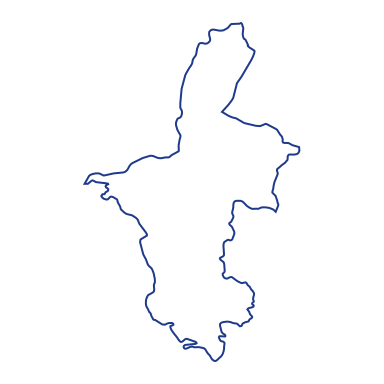 SVG path tracing the border of Ningxia
{"feature_id": "CHN-1803", "entity_name": "Ningxia", "entity_type": "Autonomous Region", "adm_level": 1, "iso_a3": "CHN", "parent_name": "China", "parent_adm1": "", "projection": "orthographic", "projection_center": [106.175, 37.314], "detail": "fine", "context": "isolated", "style": "outline", "palette": "blue", "viewbox_px": 384, "rotation_deg": 0, "n_neighbors": 0, "source": "natural_earth", "source_scale": "10m", "svg_char_len": 6044}
<svg xmlns="http://www.w3.org/2000/svg" viewBox="0 0 384 384"><path d="M241.0,23.0L242.0,24.0L242.3,24.7L242.5,26.1L242.9,26.8L243.3,28.2L242.7,33.8L242.8,35.4L243.3,37.3L244.0,38.8L245.1,39.4L245.8,40.2L248.0,45.0L247.8,45.3L247.9,45.9L248.1,46.3L250.0,47.9L251.4,48.7L254.2,50.6L254.5,50.9L254.5,51.5L254.4,52.3L254.2,53.3L253.0,56.5L251.3,60.0L241.3,77.0L237.2,82.8L236.9,83.4L233.2,98.0L231.9,100.2L228.5,104.7L222.0,111.9L228.9,116.0L232.3,117.4L235.4,118.1L236.2,118.4L243.8,122.8L245.2,123.3L255.9,125.8L260.2,126.1L265.5,123.9L266.7,124.1L276.0,129.0L277.2,129.9L280.0,134.4L281.8,136.5L282.4,138.1L282.7,139.5L282.6,141.7L283.1,142.5L284.1,142.9L288.3,143.0L288.8,143.2L292.5,145.2L299.1,147.1L299.4,150.6L299.0,151.8L298.3,153.1L297.1,153.9L295.9,154.3L293.7,154.6L289.6,154.5L288.7,154.8L288.1,155.5L287.7,156.4L287.6,159.1L287.4,160.0L286.8,160.7L285.8,161.8L284.9,162.9L281.4,165.4L280.1,166.7L277.3,169.0L276.9,169.9L277.1,171.2L277.6,172.4L277.7,174.1L274.4,182.3L273.5,186.4L273.3,188.4L272.5,191.1L272.4,192.3L272.4,192.7L275.6,195.9L277.2,200.7L277.6,202.7L278.2,204.0L278.3,204.6L278.2,205.6L275.7,211.8L273.8,210.0L273.0,209.4L269.3,207.9L265.2,207.3L263.0,207.3L261.0,207.6L258.7,208.7L257.4,208.8L256.2,208.7L252.6,208.9L251.7,208.7L249.7,207.8L247.0,206.0L243.3,202.2L242.6,201.7L241.9,201.3L240.4,200.8L236.7,200.8L235.3,201.1L234.5,201.6L233.7,202.9L233.4,204.4L233.2,208.1L232.2,212.0L232.2,213.1L232.3,213.7L233.3,215.7L233.4,216.7L233.3,217.3L233.1,217.9L231.4,221.4L230.8,222.1L229.7,222.7L229.2,223.4L229.3,224.1L229.8,224.9L231.3,226.2L231.9,226.8L234.1,231.4L234.4,232.8L234.2,234.2L232.4,239.0L231.8,239.8L230.6,240.4L230.1,240.4L228.4,239.8L227.6,239.9L224.5,241.9L224.1,242.4L223.7,243.5L223.5,245.1L223.5,246.7L224.0,253.9L223.9,255.3L223.4,256.0L222.1,256.9L220.5,257.6L220.1,257.9L219.9,258.2L219.9,258.7L220.7,259.9L222.4,261.2L223.6,262.3L223.8,262.6L224.2,264.0L224.7,270.7L224.4,272.1L222.7,273.8L222.7,274.4L222.8,275.2L223.5,276.7L224.3,277.8L225.5,278.4L227.0,278.6L227.9,278.3L229.7,277.3L231.4,277.0L232.0,277.2L232.7,277.7L236.3,280.4L237.7,281.3L240.7,282.8L242.1,283.1L245.3,282.4L245.7,282.4L246.3,282.8L247.9,285.3L249.8,286.9L250.2,287.6L250.9,289.1L252.6,290.9L254.1,293.4L253.9,295.2L253.2,297.7L253.1,298.8L253.1,299.6L253.7,300.8L253.8,301.2L253.7,301.7L252.4,302.9L252.1,303.6L252.2,304.1L252.5,304.5L253.7,305.4L253.7,305.9L253.5,306.4L252.8,307.1L248.9,308.1L247.8,308.8L247.4,309.4L247.8,310.0L249.1,311.6L250.0,314.1L251.9,316.3L252.2,317.0L252.0,317.6L251.6,318.1L249.8,319.2L249.2,320.0L248.6,321.3L248.3,321.5L245.6,322.1L243.1,323.3L242.5,323.8L241.9,325.2L241.4,326.0L239.9,326.3L239.1,325.6L237.3,323.9L236.7,323.6L233.8,323.2L232.2,322.8L231.0,322.2L228.5,321.7L226.1,321.7L222.6,322.2L221.1,322.9L220.3,323.7L220.0,324.5L220.0,325.5L220.6,327.8L221.3,331.0L221.6,331.8L222.3,332.9L222.8,333.4L225.0,334.8L225.2,335.1L225.4,335.9L225.3,336.3L225.1,336.5L220.0,336.2L219.3,336.4L218.9,337.1L219.0,337.6L219.4,338.8L220.4,340.6L220.9,341.0L223.3,341.7L224.0,342.3L224.5,342.9L224.5,343.9L224.1,346.3L224.1,348.6L223.6,351.2L222.8,353.7L221.9,355.3L221.2,356.2L216.6,360.5L215.4,361.0L214.0,360.8L212.3,359.5L211.3,358.2L210.2,356.1L209.4,355.0L208.2,353.9L206.8,351.9L205.4,349.5L204.5,348.6L203.2,348.0L198.8,347.1L194.6,347.3L192.6,346.7L191.4,346.7L190.3,346.9L186.8,348.4L185.9,348.7L185.1,348.7L184.5,348.5L183.9,347.9L183.6,346.6L184.0,345.8L184.7,345.2L185.5,344.9L195.4,343.9L196.1,343.6L196.6,343.2L196.4,342.6L195.7,341.9L187.1,338.9L186.0,338.9L184.9,339.4L182.6,341.4L181.9,341.8L180.9,341.9L179.9,341.4L178.2,339.2L177.0,337.3L173.0,332.3L171.5,330.0L170.9,328.8L170.5,327.7L170.3,326.6L170.5,326.0L172.7,325.3L173.4,324.7L173.1,323.6L171.9,323.0L169.2,323.0L167.3,323.5L164.9,324.7L162.2,324.4L155.2,320.0L153.9,319.8L153.2,319.4L152.5,317.9L151.6,316.5L150.7,313.6L150.3,313.0L149.0,311.7L148.5,310.2L146.2,305.9L145.9,303.9L145.9,301.9L146.0,300.2L146.7,297.8L148.0,295.2L152.8,292.5L153.7,291.7L154.1,290.9L154.2,288.8L153.9,286.2L153.9,285.0L154.0,284.2L154.5,283.5L154.8,282.7L154.9,281.1L154.8,278.8L153.6,273.1L152.3,269.7L151.3,268.1L149.5,266.5L148.1,265.0L147.6,263.9L145.9,259.3L143.3,254.5L140.2,242.7L140.1,241.9L140.4,239.9L140.8,239.3L146.9,235.6L146.9,234.3L145.8,232.4L139.3,223.7L137.8,219.8L135.9,217.8L132.0,215.3L127.1,214.1L125.7,213.5L123.8,212.1L121.0,209.4L120.8,209.1L120.2,206.8L119.5,205.3L117.8,202.4L117.3,200.0L116.8,199.3L113.3,197.2L112.2,196.8L110.9,196.6L110.0,197.1L108.6,198.6L108.0,199.1L107.2,199.5L106.3,199.5L103.9,198.8L102.5,197.7L101.5,196.6L101.4,196.0L101.5,195.6L101.9,195.3L102.2,194.5L102.9,194.2L104.3,194.2L104.9,193.6L105.4,192.5L106.0,192.0L107.2,191.4L108.1,190.6L108.2,190.2L108.3,189.3L107.4,188.2L106.0,187.4L105.6,186.4L105.9,185.5L107.0,184.8L108.2,184.2L108.0,183.7L106.2,183.3L95.9,182.1L93.3,180.6L92.4,180.4L91.6,180.7L87.9,183.8L84.6,183.8L89.1,175.9L90.5,174.8L92.4,174.1L95.5,173.4L98.9,173.4L99.8,173.7L103.6,175.5L104.6,175.4L113.7,173.4L122.9,172.5L124.6,172.1L126.7,170.6L127.7,169.3L129.4,166.1L130.9,164.2L132.2,163.2L142.8,158.0L149.8,155.9L150.7,155.7L153.4,156.1L156.9,157.6L159.5,158.2L161.4,158.2L165.3,157.4L168.4,157.4L169.5,157.0L171.6,155.1L177.9,151.7L178.7,151.1L178.8,150.1L178.6,145.8L178.7,144.8L179.7,139.3L180.3,137.4L180.5,135.8L180.1,134.6L179.2,133.2L177.3,129.6L176.1,125.5L175.9,123.6L176.3,121.6L177.2,119.5L177.6,118.8L178.1,118.4L180.0,117.6L180.6,117.1L181.3,116.0L181.9,114.0L182.0,112.0L181.8,110.8L181.5,110.0L180.6,108.6L180.3,107.3L180.3,103.3L181.6,88.9L185.2,75.4L186.2,73.2L189.5,67.6L190.9,65.7L191.8,64.1L192.1,63.5L192.7,60.3L193.0,59.4L193.7,58.2L195.7,55.5L196.3,53.7L197.1,48.7L198.9,44.2L199.1,43.8L200.2,43.2L201.6,43.0L203.0,43.2L205.0,43.7L206.4,43.6L207.2,43.4L208.3,42.7L209.6,41.4L210.1,40.4L210.2,39.0L209.2,35.3L209.1,33.3L209.2,32.3L209.4,31.7L209.7,31.3L211.1,30.0L212.7,29.6L213.9,29.6L218.5,30.5L220.6,30.7L223.5,30.3L226.5,28.7L227.9,27.8L230.9,24.3L231.8,24.0L239.4,23.7L241.0,23.0Z" fill="none" stroke="#1e3a8a" stroke-width="2"/></svg>